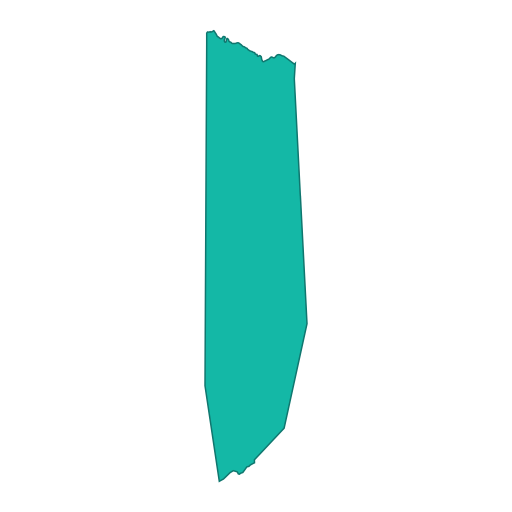 outline of Machinda, Litoral, Equatorial Guinea
{"feature_id": "11065452B59369715507709", "entity_name": "Machinda", "entity_type": "district", "adm_level": 2, "iso_a3": "GNQ", "parent_name": "Equatorial Guinea", "parent_adm1": "Litoral", "projection": "natural_earth1", "projection_center": [9.965, 1.936], "detail": "fine", "context": "isolated", "style": "filled", "palette": "teal", "viewbox_px": 512, "rotation_deg": 0, "n_neighbors": 0, "source": "geoboundaries", "source_scale": "gbopen_adm2", "svg_char_len": 2574}
<svg xmlns="http://www.w3.org/2000/svg" viewBox="0 0 512 512"><path d="M219.3,481.3L220.7,480.5L223.5,479.0L226.5,476.1L229.9,472.8L230.0,472.7L232.9,470.9L233.1,470.9L233.4,470.8L233.6,470.7L233.8,470.8L236.8,471.7L237.0,471.8L237.3,472.0L237.5,472.3L237.6,472.5L238.3,473.9L239.4,474.2L240.6,473.3L240.8,473.2L241.0,473.1L242.8,472.5L244.7,469.9L246.6,467.2L246.8,467.0L247.0,466.9L247.2,466.7L247.3,466.7L247.5,466.7L248.9,466.4L250.0,465.3L250.1,465.2L250.3,465.0L253.4,463.3L254.5,462.8L254.4,459.8L284.1,428.2L307.0,323.7L300.4,196.1L300.3,195.4L294.3,78.7L295.2,64.5L295.3,63.3L295.1,63.5L294.2,64.0L293.3,63.3L291.9,62.3L288.8,59.9L283.8,56.2L282.3,55.9L280.1,54.8L278.7,54.6L277.6,54.8L276.6,55.4L276.2,55.8L275.9,56.3L275.5,56.9L274.5,57.6L274.0,57.9L273.3,57.7L272.6,57.4L271.8,57.0L271.4,57.0L270.7,57.3L270.2,57.8L269.7,58.3L269.4,58.7L268.6,59.3L268.0,59.5L267.5,59.7L267.0,60.0L266.6,60.2L266.1,60.5L265.5,60.8L264.6,61.1L264.4,61.2L263.9,61.6L263.1,61.7L262.8,61.5L262.5,61.2L262.4,60.9L262.2,60.4L261.8,59.8L261.7,59.1L261.5,58.4L261.4,57.5L261.2,56.7L260.7,56.2L260.3,55.8L260.1,55.7L259.8,55.6L259.5,55.6L259.2,55.7L258.9,56.0L258.3,56.3L258.0,56.3L257.7,56.3L257.4,56.0L257.4,55.6L257.1,54.8L257.0,54.5L256.7,54.5L256.1,54.3L255.7,54.2L255.2,54.0L255.1,53.5L254.9,53.1L254.7,52.8L254.5,52.6L253.5,52.4L252.9,52.1L252.0,51.5L251.3,51.4L250.5,51.1L249.2,50.5L248.7,50.0L247.8,49.5L247.1,48.4L246.5,48.1L245.6,47.8L244.9,47.2L244.1,46.7L243.0,46.5L241.9,45.5L241.2,44.7L240.3,44.2L239.9,43.7L238.6,42.9L238.0,42.8L237.2,42.8L236.7,43.0L235.9,43.3L235.1,43.5L234.2,43.5L233.0,43.5L232.4,43.5L231.5,43.1L231.3,42.7L231.0,42.4L230.3,42.0L229.7,41.9L229.0,41.3L228.8,40.5L228.6,39.9L228.2,39.2L227.8,38.8L227.3,38.5L227.1,38.4L227.0,38.5L226.8,38.8L226.7,39.0L226.5,39.8L226.4,40.2L226.3,40.6L226.2,41.0L226.2,41.5L226.0,41.8L225.9,42.0L225.6,42.2L224.9,42.1L224.6,41.7L224.4,41.3L224.3,40.5L224.3,39.8L224.6,39.2L224.9,38.6L225.1,38.1L225.2,37.7L225.2,37.3L225.0,36.9L224.8,36.8L224.3,36.6L223.5,36.5L223.2,36.6L222.9,36.9L222.6,37.3L222.2,38.1L222.0,38.4L221.3,38.6L220.6,38.7L219.8,38.2L218.1,36.8L217.9,36.8L217.2,36.3L217.0,35.8L216.7,35.2L216.2,34.2L215.9,33.7L215.2,32.7L214.9,32.2L214.2,31.1L213.8,30.7L213.3,30.9L212.9,31.3L212.5,31.5L211.9,31.7L211.7,31.8L211.2,32.0L210.7,32.1L210.5,31.9L210.3,31.7L210.1,31.7L209.8,31.9L209.5,32.0L209.1,32.1L208.9,32.1L208.4,32.1L207.9,32.1L207.5,32.0L206.8,33.0L206.7,33.1L206.7,33.3L206.7,41.7L206.7,44.4L205.8,224.4L205.4,303.9L205.0,385.7L219.3,481.3Z" fill="#14b8a6" stroke="#0f766e" stroke-width="1.5"/></svg>